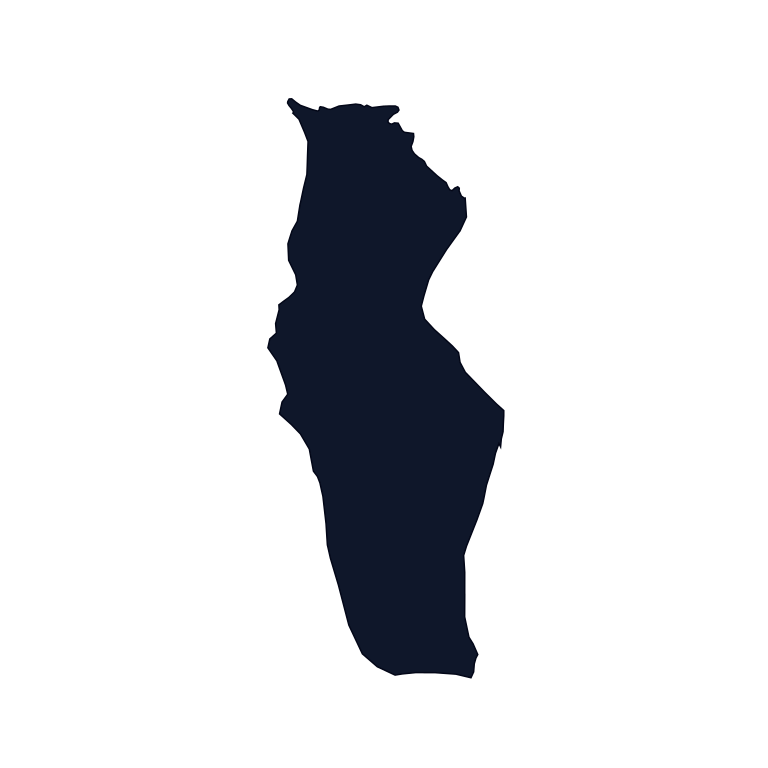 outline of Tchien, Grand Gedeh, Liberia, rotated 312°
{"feature_id": "62588387B79134287051190", "entity_name": "Tchien", "entity_type": "district", "adm_level": 2, "iso_a3": "LBR", "parent_name": "Liberia", "parent_adm1": "Grand Gedeh", "projection": "natural_earth1", "projection_center": [-8.022, 6.011], "detail": "fine", "context": "isolated", "style": "filled", "palette": "ink", "viewbox_px": 768, "rotation_deg": 312, "n_neighbors": 0, "source": "geoboundaries", "source_scale": "gbopen_adm2", "svg_char_len": 2295}
<svg xmlns="http://www.w3.org/2000/svg" viewBox="0 0 768 768"><g transform="rotate(312 384 384)"><path d="M223.9,645.2L228.0,643.9L228.9,643.6L230.0,643.3L236.5,638.3L241.8,635.7L245.7,634.7L250.5,624.1L252.7,616.5L264.9,599.8L281.8,584.7L282.4,584.1L298.1,570.0L309.9,557.9L318.7,553.8L345.1,544.0L361.2,537.4L365.9,534.7L377.4,527.8L388.9,522.6L397.4,518.8L407.1,513.2L416.7,509.2L415.3,512.7L421.7,507.9L428.2,504.4L434.3,499.3L440.5,494.3L444.4,490.8L444.4,481.1L445.2,464.4L445.3,462.9L447.1,436.6L451.0,426.0L457.2,418.4L458.0,409.5L458.1,399.6L458.1,390.4L458.1,384.9L459.4,370.8L466.8,359.6L476.4,354.6L491.3,347.5L499.0,345.3L500.0,345.0L525.8,340.5L547.7,338.1L548.5,338.1L563.3,333.5L576.5,319.9L575.9,319.5L575.4,315.8L577.8,310.6L579.9,308.9L579.9,306.8L577.0,305.5L573.2,305.2L572.3,302.9L573.4,299.4L575.2,295.4L574.7,290.9L574.3,284.1L574.4,269.9L576.4,265.1L576.3,261.7L575.5,258.3L575.4,252.6L576.4,248.5L578.7,245.2L583.5,243.3L587.7,240.7L589.9,238.3L587.3,234.5L586.4,233.2L584.7,230.7L584.5,228.1L587.3,220.0L585.0,217.0L582.3,215.9L581.3,214.0L581.3,211.8L583.2,210.2L590.6,210.5L595.0,212.1L597.6,211.8L599.0,209.2L598.2,206.5L594.6,202.4L590.1,197.8L581.3,190.1L579.7,184.7L576.8,183.8L575.9,179.8L573.1,175.7L568.5,171.7L560.5,164.6L552.4,160.6L550.7,158.4L549.1,153.8L547.4,151.1L546.3,151.2L544.4,152.5L542.5,152.2L539.9,147.1L535.1,135.3L534.4,129.5L534.2,124.6L532.4,122.8L529.5,123.5L528.3,124.3L527.4,127.1L526.9,130.5L526.1,133.8L525.3,135.1L524.3,135.0L523.9,143.6L517.8,156.7L513.4,165.3L502.5,174.4L495.3,180.5L488.1,186.5L475.8,193.1L463.4,200.3L461.0,201.6L447.0,210.7L436.1,213.2L435.3,213.6L429.3,216.3L423.9,218.8L412.1,230.4L406.1,245.3L399.6,253.4L392.6,255.9L390.2,255.8L384.7,255.4L378.7,254.1L372.5,252.9L369.0,256.4L356.4,263.0L349.8,270.0L341.1,269.0L333.2,273.5L329.5,289.0L328.7,290.4L320.4,305.9L320.1,306.5L317.5,311.3L317.2,311.8L312.0,319.3L302.4,320.3L293.4,325.5L291.9,326.4L291.9,342.1L291.0,355.3L285.7,372.0L279.4,380.2L273.3,388.2L272.0,389.9L270.7,396.5L267.6,402.6L262.3,410.0L259.7,413.7L241.4,434.4L226.5,449.6L225.2,451.5L218.7,460.7L204.0,484.8L181.3,519.2L169.0,548.5L169.4,568.3L169.7,569.2L175.1,587.0L180.8,591.6L190.8,600.7L203.9,615.4L216.5,631.6L223.9,645.2Z" fill="#0f172a" stroke="#020617" stroke-width="1.5"/></g></svg>